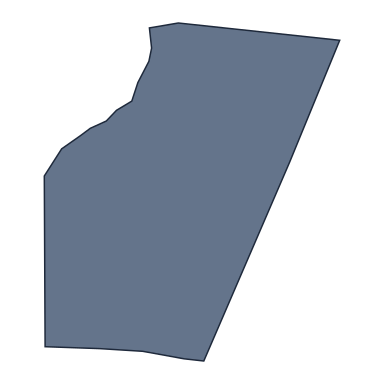 Passagem, Rio Grande do Norte, Brazil (orthographic projection)
{"feature_id": "56859067B23465886622535", "entity_name": "Passagem", "entity_type": "district", "adm_level": 2, "iso_a3": "BRA", "parent_name": "Brazil", "parent_adm1": "Rio Grande do Norte", "projection": "orthographic", "projection_center": [-35.404, -6.284], "detail": "fine", "context": "isolated", "style": "filled", "palette": "slate", "viewbox_px": 384, "rotation_deg": 0, "n_neighbors": 0, "source": "geoboundaries", "source_scale": "gbopen_adm2", "svg_char_len": 359}
<svg xmlns="http://www.w3.org/2000/svg" viewBox="0 0 384 384"><path d="M61.7,148.8L44.3,176.0L45.1,346.7L99.4,348.6L142.7,351.3L184.0,358.8L203.8,361.0L289.7,162.0L339.7,40.3L178.3,23.0L149.4,27.9L151.6,48.1L148.9,61.3L137.9,82.5L131.8,101.1L116.5,110.3L106.3,121.0L90.3,128.3L80.1,135.9L61.7,148.8Z" fill="#64748b" stroke="#1e293b" stroke-width="1.5"/></svg>